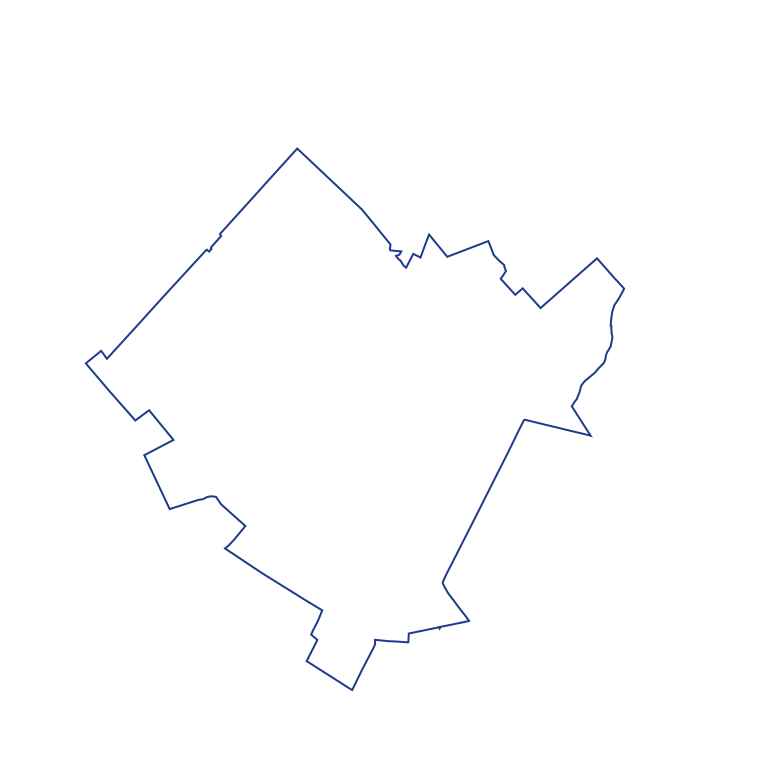 Tecuci, Galati, Romania (Albers equal-area conic projection), rotated 229°
{"feature_id": "2599482B52877412326619", "entity_name": "Tecuci", "entity_type": "district", "adm_level": 2, "iso_a3": "ROU", "parent_name": "Romania", "parent_adm1": "Galati", "projection": "albers", "projection_center": [27.399, 45.839], "detail": "fine", "context": "isolated", "style": "outline", "palette": "blue", "viewbox_px": 768, "rotation_deg": 229, "n_neighbors": 0, "source": "geoboundaries", "source_scale": "gbopen_adm2", "svg_char_len": 2830}
<svg xmlns="http://www.w3.org/2000/svg" viewBox="0 0 768 768"><g transform="rotate(229 384 384)"><path d="M242.6,164.6L236.1,165.6L234.6,165.8L233.1,162.3L225.6,143.8L193.9,153.2L177.6,158.0L173.9,159.2L174.0,159.5L182.9,180.4L191.5,202.4L193.3,206.4L196.8,209.4L186.5,219.1L184.7,221.1L182.9,223.0L178.7,227.2L174.5,231.4L173.8,232.0L173.2,233.0L179.4,239.0L164.7,265.3L164.5,266.0L163.0,265.6L163.7,267.2L163.4,267.7L163.1,268.2L162.3,269.7L159.8,274.1L149.5,292.4L149.4,292.7L153.4,293.2L166.8,293.9L174.8,294.6L178.7,294.8L182.5,295.0L185.0,295.3L191.4,296.6L193.0,297.1L195.1,297.6L196.3,299.0L197.4,301.7L197.7,302.1L198.1,303.0L198.6,304.3L200.1,307.8L206.1,322.6L207.8,326.9L208.4,328.4L208.8,329.1L209.0,329.8L209.2,330.1L209.3,330.4L210.7,334.0L229.0,379.1L230.3,382.2L230.8,383.3L231.0,383.8L231.1,384.0L231.2,384.3L232.8,388.2L234.8,393.2L239.4,404.3L250.3,431.1L251.0,432.9L252.0,435.2L253.5,438.6L253.6,439.0L255.1,442.4L256.2,445.2L257.2,447.4L261.3,457.0L262.2,459.3L263.4,462.2L264.8,465.7L264.7,466.8L249.9,477.3L247.6,478.9L239.3,484.9L232.9,489.4L232.4,489.7L219.7,498.8L211.7,504.5L211.3,504.8L210.2,505.5L209.4,506.0L232.2,509.4L234.1,509.6L244.0,511.1L245.7,517.0L246.2,520.0L247.3,521.7L249.6,526.3L250.7,527.9L253.4,531.8L254.5,537.4L254.2,550.7L255.1,556.6L255.6,563.5L257.1,566.8L257.2,567.1L259.9,570.1L261.5,573.0L263.6,579.7L269.4,587.1L273.2,589.2L278.7,593.7L279.3,593.3L284.9,599.1L288.7,603.6L292.3,609.4L293.0,612.1L294.3,616.8L297.5,625.8L298.5,627.8L310.5,627.5L311.2,627.4L339.1,627.2L338.6,552.0L359.9,551.5L365.2,551.4L365.2,541.6L382.1,541.2L382.4,541.2L383.9,541.2L385.1,541.1L386.8,541.1L387.1,542.2L387.3,543.2L387.6,544.3L387.8,544.8L387.9,545.5L388.5,547.7L388.8,548.7L389.0,549.3L389.2,550.2L393.0,551.5L393.6,551.8L395.1,552.8L396.2,552.6L396.9,552.5L397.3,552.4L398.8,552.2L400.3,551.9L406.8,551.5L409.1,551.4L411.0,552.1L418.8,554.9L423.4,556.5L428.3,543.1L438.5,515.2L465.2,516.0L467.2,516.0L461.9,506.1L455.5,494.5L463.0,491.5L459.5,482.6L457.8,478.5L457.5,477.7L457.2,477.1L458.0,476.8L460.8,476.5L461.4,476.6L466.3,477.4L468.2,476.9L472.8,477.0L471.8,479.6L471.5,480.6L472.8,484.0L476.8,480.1L480.6,476.5L481.6,476.6L485.1,480.5L490.9,480.6L517.0,481.5L530.3,481.8L618.6,473.0L614.3,436.8L609.4,396.7L606.5,372.4L604.8,358.6L602.5,358.1L601.3,348.5L600.6,343.4L600.1,342.3L599.1,342.3L598.7,338.8L600.1,338.6L601.5,338.5L601.7,337.6L600.4,325.8L597.7,301.7L594.5,273.4L590.3,238.6L584.8,191.4L594.6,192.3L594.6,192.0L595.2,172.5L560.0,172.1L519.6,172.4L518.3,189.5L479.9,188.4L487.5,156.4L430.2,140.2L418.2,168.1L415.8,171.9L414.8,176.2L412.7,179.9L409.0,183.2L401.1,182.2L399.4,182.2L367.8,186.2L364.9,169.3L364.1,161.6L364.2,156.1L321.8,167.7L268.1,184.2L253.7,188.9L249.7,181.0L248.6,178.8L244.4,168.3L242.6,164.6Z" fill="none" stroke="#1e3a8a" stroke-width="2"/></g></svg>